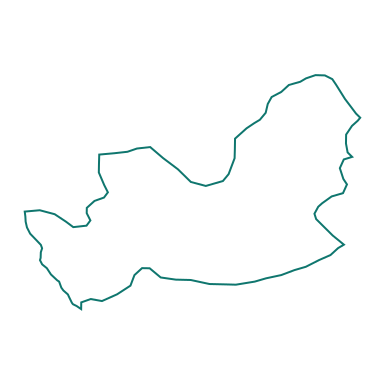 the district of Kumgang, Kangwŏn-do, North Korea, rotated 91°
{"feature_id": "82179303B90843555893266", "entity_name": "Kumgang", "entity_type": "district", "adm_level": 2, "iso_a3": "PRK", "parent_name": "North Korea", "parent_adm1": "Kangwŏn-do", "projection": "orthographic", "projection_center": [128.039, 38.544], "detail": "fine", "context": "isolated", "style": "outline", "palette": "teal", "viewbox_px": 384, "rotation_deg": 91, "n_neighbors": 0, "source": "geoboundaries", "source_scale": "gbopen_adm2", "svg_char_len": 1547}
<svg xmlns="http://www.w3.org/2000/svg" viewBox="0 0 384 384"><g transform="rotate(91 192 192)"><path d="M214.5,358.9L219.3,358.2L223.3,357.9L224.6,357.8L230.3,356.4L236.5,353.1L247.5,342.2L250.9,340.9L254.9,342.1L260.5,342.2L262.8,342.8L266.9,340.6L267.5,339.9L270.7,335.8L273.5,333.9L276.9,331.6L282.7,325.2L283.2,324.4L283.9,323.3L289.9,321.0L292.7,318.9L296.6,314.3L298.7,313.3L304.8,310.2L306.0,309.3L306.3,309.0L308.0,305.4L310.1,302.2L311.0,300.8L304.3,300.8L300.8,291.4L302.6,280.1L295.6,265.1L286.7,251.9L276.1,248.1L269.0,240.6L269.0,233.0L278.0,221.8L279.9,206.7L280.0,191.7L283.7,172.9L283.8,155.9L283.9,146.5L282.2,137.1L280.5,127.7L277.0,116.4L273.5,101.3L268.3,88.2L264.8,76.9L257.8,63.7L252.6,52.4L245.5,44.9L242.0,39.2L233.1,50.5L224.1,59.9L216.9,67.4L211.6,69.2L204.5,65.5L201.0,61.7L194.0,52.3L190.5,41.0L181.7,37.2L176.3,40.9L165.6,44.6L156.8,40.8L154.1,32.5L149.7,37.1L140.8,38.9L131.9,38.9L123.1,33.2L117.8,27.5L114.8,25.1L114.3,25.6L110.7,29.4L103.5,35.0L96.4,40.6L82.1,49.9L76.7,53.7L73.1,61.2L73.0,70.6L76.4,80.0L79.9,85.7L83.3,97.0L90.4,104.5L95.6,114.0L102.7,117.8L111.5,119.7L118.6,125.4L122.1,131.0L127.4,138.6L137.9,149.9L148.6,149.9L157.5,150.0L173.5,155.7L180.5,161.3L185.7,178.3L182.0,193.3L169.5,206.5L158.6,221.5L147.8,234.6L149.5,247.8L152.9,257.2L154.6,270.4L156.2,285.4L165.2,285.5L174.1,285.5L186.6,279.9L193.8,276.1L199.1,279.9L202.6,289.3L209.7,296.9L215.0,296.9L222.2,293.1L227.5,296.9L229.2,310.1L223.8,317.6L216.6,328.9L212.9,343.9L214.5,358.9Z" fill="none" stroke="#0f766e" stroke-width="2"/></g></svg>